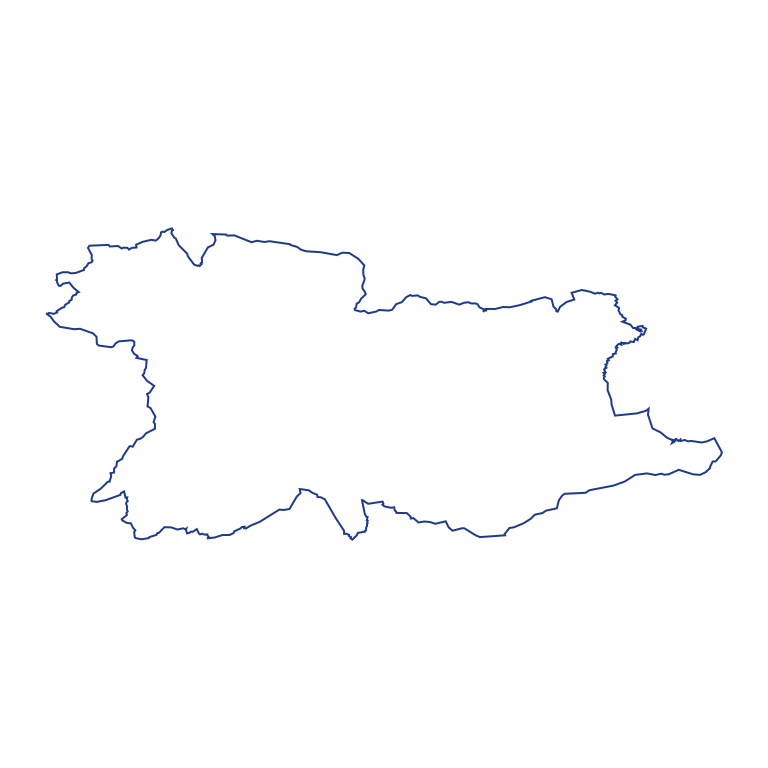 the district of Killarney Lea-7, Kerry, Ireland
{"feature_id": "5873133B17042866960097", "entity_name": "Killarney Lea-7", "entity_type": "district", "adm_level": 2, "iso_a3": "IRL", "parent_name": "Ireland", "parent_adm1": "Kerry", "projection": "robinson", "projection_center": [-9.439, 52.045], "detail": "fine", "context": "isolated", "style": "outline", "palette": "blue", "viewbox_px": 768, "rotation_deg": 0, "n_neighbors": 0, "source": "geoboundaries", "source_scale": "gbopen_adm2", "svg_char_len": 6072}
<svg xmlns="http://www.w3.org/2000/svg" viewBox="0 0 768 768"><path d="M617.5,299.4L615.2,296.6L615.6,295.4L613.1,294.8L608.2,293.9L604.2,294.5L601.2,292.9L599.3,293.4L598.3,292.7L595.0,293.7L590.1,291.7L581.8,290.0L571.6,292.8L574.3,299.5L566.5,302.0L560.0,306.9L557.8,311.6L556.4,311.3L556.1,309.2L553.5,306.6L551.6,299.3L545.0,297.2L531.1,300.8L531.5,301.5L519.9,305.1L509.6,307.3L503.1,307.0L495.1,309.0L485.7,308.9L484.7,309.5L487.0,310.4L484.4,310.6L483.1,311.9L484.0,310.1L483.5,309.2L479.6,307.4L477.6,304.3L476.0,303.5L471.0,303.4L468.3,302.2L464.0,302.8L459.3,304.6L451.5,301.9L444.2,302.8L441.2,301.7L439.2,301.9L435.8,304.6L431.0,304.2L426.1,298.4L419.9,296.8L417.8,295.4L412.1,295.9L410.4,295.0L406.2,297.2L401.8,302.2L396.2,304.1L392.2,309.7L388.9,310.6L378.9,310.0L376.3,311.5L368.3,313.3L364.2,310.8L360.4,311.6L354.9,310.0L354.6,308.8L356.2,307.1L356.6,303.7L359.1,302.3L361.1,298.7L365.7,294.3L365.3,292.5L362.5,288.5L362.3,285.6L364.5,280.0L364.6,278.0L363.4,275.1L363.2,270.0L364.3,265.4L358.4,258.9L349.3,253.0L342.3,252.7L336.8,255.1L320.8,252.2L306.5,251.3L301.4,249.9L297.1,246.9L290.8,245.1L289.9,244.2L269.5,241.2L264.5,242.0L256.9,240.8L251.5,242.2L234.4,235.4L227.1,235.6L225.9,234.5L212.5,234.1L214.7,236.0L215.5,240.3L214.0,243.6L213.5,244.7L207.9,247.4L201.7,258.0L202.1,262.3L200.8,263.3L201.6,264.0L199.7,266.0L198.8,265.3L197.7,265.9L194.1,264.6L187.8,256.2L187.3,253.8L178.7,245.2L175.8,238.5L174.4,237.8L171.5,233.4L171.8,230.9L173.0,230.1L171.9,228.4L167.1,230.0L164.4,232.0L162.9,231.6L161.0,232.4L160.6,235.2L159.1,237.7L155.9,240.6L151.4,239.8L142.4,241.9L136.1,244.7L136.5,247.5L131.8,247.9L129.0,249.6L127.4,247.8L123.2,247.7L121.8,248.5L118.0,246.0L109.9,246.5L108.4,244.9L89.4,245.7L88.0,247.9L91.8,255.0L91.6,258.9L92.6,260.8L91.3,262.4L88.4,263.2L86.7,266.2L84.0,268.3L83.9,270.0L75.9,272.9L71.4,273.4L67.7,272.2L62.3,272.3L56.8,274.4L57.0,279.2L56.2,280.0L57.0,280.5L57.2,282.6L58.7,285.6L60.4,286.0L63.0,283.7L69.2,282.5L73.4,287.7L78.7,292.1L76.5,292.9L76.2,294.5L73.2,295.5L71.8,297.5L71.6,299.8L69.3,301.0L69.1,302.5L65.3,304.7L64.0,307.3L62.4,307.5L56.6,311.2L57.1,312.5L53.7,313.9L51.0,313.2L48.6,313.1L48.1,313.9L46.1,313.4L50.7,316.8L53.9,321.3L59.8,326.8L74.1,329.2L80.1,328.8L93.1,333.4L96.5,336.8L96.9,343.9L98.7,345.5L111.2,347.2L113.4,346.5L115.6,343.4L118.7,341.4L131.1,340.3L133.4,340.9L134.3,341.9L134.3,345.5L132.6,347.6L132.0,350.5L134.1,353.8L137.4,355.8L137.6,356.5L136.4,357.9L146.7,360.0L146.0,367.9L144.7,369.9L144.2,373.3L142.6,375.2L147.1,380.9L154.2,385.9L149.7,392.6L147.1,394.0L148.4,397.6L147.5,406.4L150.6,408.2L155.4,416.6L153.6,421.9L154.9,423.9L155.0,428.7L146.1,433.3L142.8,437.1L140.1,438.8L136.9,439.7L132.7,446.7L130.2,446.1L129.3,446.6L123.2,455.9L122.2,458.8L117.0,461.8L116.4,466.1L114.0,468.7L114.2,472.2L114.9,472.3L110.5,473.2L111.2,476.1L109.6,481.7L108.0,481.6L100.7,488.7L93.3,493.7L91.5,499.2L91.6,501.2L96.8,501.9L105.6,500.2L120.3,494.9L120.9,493.2L124.1,491.4L125.5,497.6L127.2,497.4L126.8,498.6L127.7,501.1L126.7,501.8L126.1,503.6L127.1,506.8L126.8,509.2L127.7,511.4L126.4,513.0L126.9,515.0L121.7,519.2L122.3,520.4L127.0,523.0L130.9,523.3L132.9,527.6L135.3,530.3L134.2,532.2L134.7,537.1L135.6,538.1L141.6,539.3L148.7,538.1L149.5,537.0L156.5,534.9L157.3,533.1L158.7,533.0L164.4,527.2L171.3,527.4L177.4,529.5L183.4,528.3L185.3,529.3L186.4,528.5L186.0,530.1L187.1,533.4L189.8,532.7L190.6,531.7L192.8,531.8L196.8,529.1L198.9,533.5L200.1,534.4L202.1,533.7L204.4,534.6L207.2,534.4L207.0,535.1L208.8,536.7L208.7,537.6L206.9,538.4L214.6,537.5L222.5,535.0L229.4,535.0L233.6,533.1L234.1,531.4L240.4,528.5L241.6,527.2L244.6,526.7L244.2,528.2L245.8,528.5L251.2,525.3L259.6,521.9L279.3,509.6L283.6,510.0L289.5,509.0L296.7,496.7L300.5,493.0L299.7,489.0L308.8,490.3L312.2,492.7L317.2,494.8L317.5,497.0L320.9,497.3L324.9,499.4L335.6,517.9L344.0,530.7L344.1,533.9L346.4,533.7L349.0,534.9L348.9,536.0L351.0,537.1L350.5,538.3L352.4,539.6L356.7,535.4L357.8,532.9L364.8,531.7L364.7,531.0L366.0,530.4L366.2,527.2L367.0,526.2L367.0,523.9L367.6,523.2L367.2,522.5L367.7,520.7L366.8,520.3L367.6,517.1L366.3,516.7L364.8,514.0L362.0,500.2L362.7,500.2L368.1,503.8L382.6,501.6L383.4,503.8L382.4,504.8L384.5,506.4L391.2,507.8L394.2,507.3L394.7,510.3L396.0,511.5L396.4,512.9L406.8,513.1L410.6,516.6L410.7,518.5L413.4,518.1L418.5,522.5L424.2,521.5L429.9,522.0L435.4,523.8L445.7,521.3L448.7,527.4L452.5,530.7L462.2,528.2L464.6,528.4L475.6,535.3L480.0,537.1L505.1,535.3L504.6,534.1L509.4,528.0L514.0,527.3L523.7,523.2L530.7,518.8L534.8,514.7L542.5,513.0L546.1,510.6L556.9,508.3L558.8,500.4L562.1,495.7L564.6,493.8L585.6,492.8L589.5,490.2L613.5,485.6L624.8,481.5L635.1,474.9L646.9,473.4L655.3,475.0L661.3,473.7L664.3,474.7L668.6,474.3L678.8,469.8L693.0,474.3L699.9,474.9L705.5,472.3L710.2,467.9L710.1,466.7L712.7,461.5L715.7,461.4L720.9,455.3L721.9,452.2L714.3,438.2L706.9,441.4L701.7,442.5L690.9,440.9L688.2,441.4L684.9,440.0L680.6,441.0L680.4,439.5L678.7,441.0L676.0,438.8L675.4,439.2L675.4,440.7L673.6,440.1L674.0,442.0L672.1,443.0L672.7,441.9L671.9,439.8L667.2,437.9L660.6,432.4L652.5,428.4L648.0,414.8L648.6,408.7L646.0,410.8L636.8,413.4L615.0,415.6L611.6,404.6L611.2,399.6L607.6,390.2L607.8,382.9L604.0,379.2L603.7,378.0L604.9,376.3L603.7,375.5L604.9,373.7L604.2,373.9L603.5,372.8L605.4,372.2L604.1,369.3L605.8,368.2L605.2,368.1L605.4,367.1L606.4,365.7L605.5,364.6L607.4,363.5L607.0,360.9L608.8,360.4L607.8,358.8L612.7,356.5L612.9,354.1L615.8,353.5L615.6,352.3L616.8,349.8L615.8,347.5L617.2,347.4L616.4,346.2L616.8,345.6L618.9,343.9L621.2,344.6L620.7,343.3L621.3,342.5L623.6,343.9L624.0,343.8L623.2,343.1L624.5,342.9L627.3,343.4L629.4,342.8L630.3,341.4L633.7,342.1L635.2,338.9L637.6,340.1L638.3,337.3L640.1,336.3L641.2,334.0L642.7,334.8L643.9,334.2L646.1,328.6L643.0,327.4L642.6,325.9L637.8,326.7L638.0,329.1L641.0,329.5L641.7,331.3L640.5,331.5L636.3,329.4L636.6,328.5L635.9,327.9L633.2,328.1L630.4,324.6L622.4,321.7L625.5,320.3L625.9,318.8L622.2,316.6L622.3,315.2L620.3,314.1L618.5,310.4L619.1,307.9L614.9,305.3L617.2,302.6L615.5,300.7L617.5,299.4Z" fill="none" stroke="#1e3a8a" stroke-width="2"/></svg>